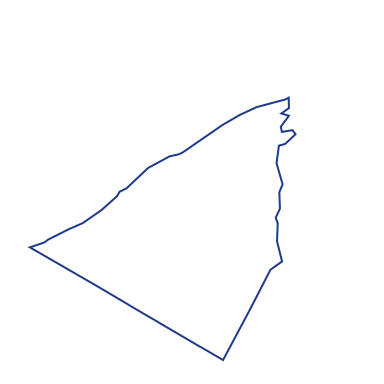 the district of Franklin, Pennsylvania, United States of America, rotated 30°
{"feature_id": "52423323B56600660833819", "entity_name": "Franklin", "entity_type": "district", "adm_level": 2, "iso_a3": "USA", "parent_name": "United States of America", "parent_adm1": "Pennsylvania", "projection": "mercator", "projection_center": [-77.726, 40.005], "detail": "fine", "context": "isolated", "style": "outline", "palette": "blue", "viewbox_px": 384, "rotation_deg": 30, "n_neighbors": 0, "source": "geoboundaries", "source_scale": "gbopen_adm2", "svg_char_len": 820}
<svg xmlns="http://www.w3.org/2000/svg" viewBox="0 0 384 384"><g transform="rotate(30 192 192)"><path d="M217.7,74.0L205.5,86.2L194.9,101.3L185.1,118.3L163.9,162.9L161.2,166.5L154.7,172.4L142.0,193.0L133.4,221.7L129.2,227.9L129.1,233.4L122.6,253.0L112.9,273.6L103.9,285.8L91.3,305.0L89.6,309.2L79.3,321.0L87.3,321.0L88.1,321.0L157.6,321.0L187.2,321.3L187.4,321.3L194.8,321.4L203.6,321.5L207.3,321.5L210.3,321.6L227.6,321.6L228.4,321.7L229.4,321.7L276.5,322.0L277.0,321.9L299.4,322.0L299.5,322.0L302.9,322.0L300.9,263.0L298.8,220.1L304.7,207.1L290.3,192.2L281.8,176.1L277.3,172.3L276.5,162.5L267.8,148.6L266.6,140.0L250.8,124.8L244.1,108.4L248.6,103.8L252.8,90.2L248.1,88.2L239.8,95.0L236.3,91.1L237.8,77.5L230.1,79.3L234.0,70.9L228.6,62.0L226.5,65.3L217.7,74.0Z" fill="none" stroke="#1e3a8a" stroke-width="2"/></g></svg>